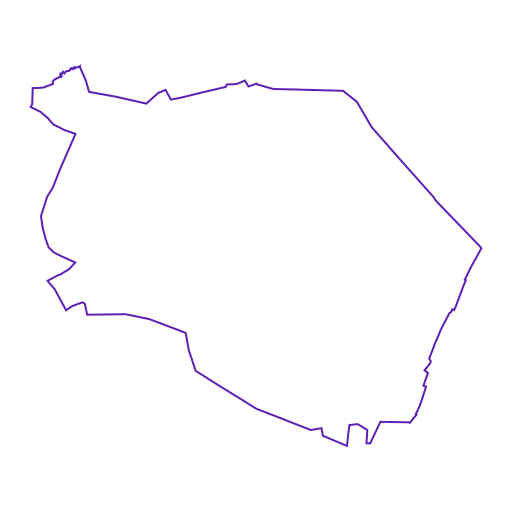 Cesvaine, Cesvaines, Latvia
{"feature_id": "27541924B54491837054784", "entity_name": "Cesvaine", "entity_type": "district", "adm_level": 2, "iso_a3": "LVA", "parent_name": "Latvia", "parent_adm1": "Cesvaines", "projection": "mercator", "projection_center": [26.306, 56.965], "detail": "fine", "context": "isolated", "style": "outline", "palette": "violet", "viewbox_px": 512, "rotation_deg": 0, "n_neighbors": 0, "source": "geoboundaries", "source_scale": "gbopen_adm2", "svg_char_len": 2929}
<svg xmlns="http://www.w3.org/2000/svg" viewBox="0 0 512 512"><path d="M165.1,90.1L164.8,90.2L164.6,90.3L164.3,90.4L164.1,90.5L161.2,91.7L158.4,92.8L146.3,103.6L115.7,96.7L89.1,91.9L85.8,80.5L84.8,78.2L79.8,66.6L79.9,66.1L78.0,67.3L76.2,67.4L75.1,67.3L74.9,68.4L74.6,68.4L74.4,68.3L74.0,67.7L73.7,68.5L73.1,69.1L72.4,69.1L71.9,68.1L71.4,68.0L70.3,69.0L70.2,69.4L70.2,69.8L69.7,70.0L69.3,70.5L68.9,71.0L68.2,71.0L67.6,71.1L66.8,71.2L66.1,71.3L65.7,71.8L65.3,72.2L64.8,72.9L64.3,73.5L64.0,73.2L63.7,72.7L63.5,72.2L63.0,71.8L62.9,72.1L62.6,72.8L62.1,73.1L61.8,73.8L61.5,73.7L60.6,73.5L60.4,74.4L60.2,75.3L60.4,75.5L60.6,75.8L61.2,76.0L61.7,76.2L61.3,76.7L60.8,77.2L60.3,77.1L59.8,77.0L59.3,77.1L58.9,77.2L58.3,77.7L57.7,78.1L57.2,78.1L56.6,78.2L56.3,78.6L55.9,79.0L55.1,79.4L54.2,79.7L53.5,80.7L52.7,81.7L53.0,83.9L50.5,84.9L47.3,86.0L43.7,87.5L39.1,87.9L32.7,88.1L32.7,88.9L32.2,104.2L30.7,107.0L34.3,108.8L40.7,112.0L43.0,114.0L48.0,118.3L50.4,121.1L53.1,124.3L64.8,130.2L75.5,133.9L59.3,171.0L56.0,179.5L52.7,187.9L47.1,196.8L44.9,204.0L44.6,204.8L44.4,205.5L42.7,210.8L41.0,216.1L42.6,227.6L43.8,232.1L45.0,236.6L45.3,237.9L45.7,239.2L48.6,247.3L53.6,252.3L60.9,256.0L75.3,262.5L68.5,269.6L62.1,273.3L61.6,273.9L60.0,274.7L59.0,274.7L47.6,280.8L49.2,282.9L54.7,289.2L66.1,310.3L72.1,306.1L82.5,302.3L84.8,303.9L87.2,314.7L87.9,314.7L88.5,314.7L95.6,314.6L125.6,314.2L149.3,319.1L185.7,332.9L188.9,350.6L193.3,363.7L195.6,370.8L210.0,379.9L211.2,380.7L214.2,382.6L234.5,395.2L236.5,396.4L256.4,408.8L264.2,411.8L276.4,416.5L288.5,421.3L299.6,425.6L310.8,430.0L321.5,428.2L322.9,435.8L327.1,437.5L331.3,439.3L339.1,442.6L346.9,445.9L347.6,440.2L348.2,434.5L348.8,429.8L349.4,425.1L353.5,424.6L357.6,424.1L362.5,427.0L367.3,430.0L366.9,436.6L366.5,443.3L370.2,443.4L380.4,421.8L394.8,422.1L409.2,422.3L409.8,422.8L413.4,418.4L416.5,414.6L415.8,414.1L419.5,406.5L420.8,402.7L422.4,398.1L423.2,395.5L426.1,386.6L423.4,385.7L428.0,372.9L424.5,370.3L430.4,363.0L430.7,361.2L430.0,359.8L429.2,358.4L431.1,353.6L433.0,348.9L433.7,346.8L434.5,344.6L434.8,343.7L438.2,336.2L440.9,329.4L448.1,315.6L449.4,313.2L451.3,311.7L451.6,311.0L452.4,309.2L454.1,310.1L455.5,307.2L457.5,301.8L457.6,301.5L463.4,286.0L465.9,280.1L464.8,279.6L466.7,276.0L470.4,268.1L477.6,255.2L481.3,248.3L479.8,246.2L475.1,241.4L473.4,239.6L462.3,228.1L461.9,227.7L461.6,227.3L461.2,227.0L460.9,226.6L448.3,213.6L435.7,200.5L434.6,198.7L433.4,196.9L406.6,166.8L392.0,150.3L387.4,145.0L382.8,139.8L371.6,127.1L369.1,122.8L364.2,114.4L363.0,112.2L361.7,110.1L359.3,105.9L356.8,101.7L343.0,90.8L320.8,90.2L298.6,89.6L297.0,89.5L295.5,89.5L292.7,89.4L289.9,89.4L281.7,89.2L273.6,89.0L270.3,88.2L256.9,84.3L256.7,83.6L248.5,86.5L248.2,86.0L245.3,81.3L244.9,80.5L240.2,82.6L236.1,84.1L226.8,84.5L226.2,85.8L225.9,86.9L219.8,88.3L203.6,92.1L192.6,94.8L181.5,97.5L180.7,97.7L179.8,97.9L170.9,99.6L165.6,89.9L165.1,90.1Z" fill="none" stroke="#5b21b6" stroke-width="2"/></svg>